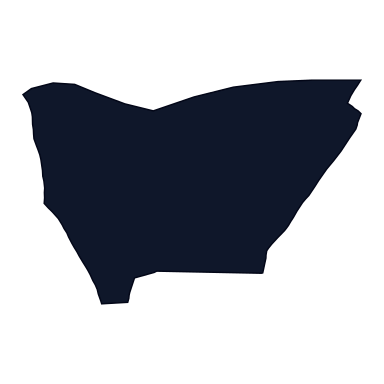 Grande Riviere/Ingle Woods, Gros Islet, Saint Lucia (orthographic projection)
{"feature_id": "8701671B99819358130632", "entity_name": "Grande Riviere/Ingle Woods", "entity_type": "district", "adm_level": 2, "iso_a3": "LCA", "parent_name": "Saint Lucia", "parent_adm1": "Gros Islet", "projection": "orthographic", "projection_center": [-60.956, 14.031], "detail": "fine", "context": "isolated", "style": "filled", "palette": "ink", "viewbox_px": 384, "rotation_deg": 0, "n_neighbors": 0, "source": "geoboundaries", "source_scale": "gbopen_adm2", "svg_char_len": 1375}
<svg xmlns="http://www.w3.org/2000/svg" viewBox="0 0 384 384"><path d="M360.7,80.2L359.4,80.2L343.1,80.2L311.9,80.2L278.0,81.6L233.3,87.2L194.0,97.0L153.3,110.9L124.9,103.9L95.1,92.8L74.7,84.4L53.1,83.0L31.4,88.6L23.0,94.6L26.1,99.1L28.3,102.3L30.8,109.6L31.8,112.7L32.4,116.8L32.6,124.3L33.4,129.5L33.6,134.2L34.0,138.8L36.6,146.0L38.0,149.6L39.8,154.7L40.9,159.4L41.9,166.3L42.5,170.5L42.8,176.2L43.9,180.9L44.7,188.1L44.4,192.6L44.6,197.9L44.2,203.4L48.6,208.2L50.0,209.5L52.4,211.9L55.0,214.8L58.3,218.5L62.2,224.8L64.1,228.6L66.9,232.9L68.6,237.0L71.9,243.3L74.1,247.2L76.9,251.7L79.3,256.2L82.8,262.0L85.5,266.3L87.9,270.3L90.2,274.6L93.0,280.8L95.3,284.8L97.3,289.5L98.3,293.9L100.8,300.9L101.7,303.8L127.7,302.3L128.8,298.4L129.1,295.1L129.7,292.5L131.1,288.2L134.5,277.9L154.2,272.4L156.7,271.1L261.4,273.2L262.7,272.9L263.5,269.3L264.7,263.6L265.9,258.1L266.0,255.0L266.7,250.8L268.5,248.1L271.8,244.0L277.6,237.7L281.9,233.3L284.6,230.5L286.4,228.2L288.3,225.6L290.7,221.5L293.3,217.5L297.0,211.0L302.5,202.6L305.6,198.9L308.8,195.5L314.9,186.4L318.5,180.7L323.6,173.4L326.7,169.0L333.9,160.3L337.6,155.5L341.0,151.1L349.7,137.8L352.8,133.4L355.8,129.1L357.2,125.0L357.5,122.7L361.0,113.7L358.1,110.9L354.5,108.7L352.3,106.5L349.2,104.4L347.4,103.3L350.8,95.7L354.4,89.7L357.4,85.4L360.1,81.1L360.7,80.2Z" fill="#0f172a" stroke="#020617" stroke-width="1.5"/></svg>